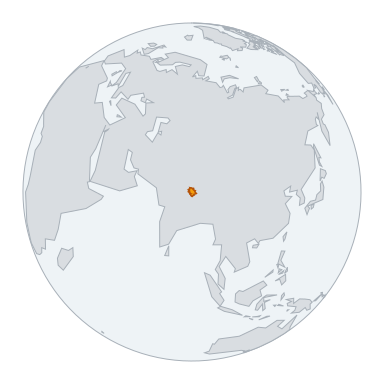 the Earth from above Uttarakhand, rotated 26°
{"feature_id": "IND-3254", "entity_name": "Uttarakhand", "entity_type": "State", "adm_level": 1, "iso_a3": "IND", "parent_name": "India", "parent_adm1": "", "projection": "orthographic", "projection_center": [79.21, 30.097], "detail": "fine", "context": "on_globe", "style": "filled", "palette": "amber", "viewbox_px": 384, "rotation_deg": 26, "n_neighbors": 0, "source": "natural_earth", "source_scale": "10m", "svg_char_len": 12430}
<svg xmlns="http://www.w3.org/2000/svg" viewBox="0 0 384 384"><g transform="rotate(26 192 192)"><circle cx="192" cy="192" r="169" fill="#eef3f6" stroke="#a8b0b8"/><path d="M240.7,30.2L241.0,30.5L251.5,35.8L259.3,39.1L254.0,37.5L271.8,45.5L280.4,51.5L267.9,43.8L264.5,42.5L269.0,45.9L266.4,45.3L267.1,46.8L263.7,46.0L256.7,42.1L254.3,41.7L257.6,44.2L256.2,45.3L251.8,41.6L248.9,43.4L236.7,38.3L227.5,30.9L217.9,29.1L201.1,24.8L199.9,25.3L192.7,24.6L188.6,25.0L186.7,24.6L185.1,25.4L187.7,25.8L187.8,26.4L185.6,26.8L182.8,26.1L183.5,25.8L181.5,25.9L181.0,25.4L180.0,25.9L176.8,25.3L176.7,26.6L171.4,26.8L170.2,26.2L174.6,25.3L182.6,23.3L197.4,23.1L212.0,24.2L226.5,26.6L240.7,30.2ZM156.5,26.8L158.8,26.3L158.2,26.6L161.7,26.2L156.6,27.5L149.6,29.0L146.5,29.5L143.3,30.4L142.6,31.1L133.1,33.8L120.5,39.0L118.6,39.9L119.6,39.3L131.6,34.2L143.9,30.0L156.5,26.8ZM265.4,41.9L262.7,40.2L266.2,42.1L265.4,41.9ZM267.8,47.2L269.4,48.0L269.1,48.5L267.8,47.2ZM164.3,25.7L163.0,25.9L164.3,25.7ZM167.1,25.4L168.0,25.0L169.4,24.9L168.8,25.1L167.1,25.4ZM263.5,47.8L262.6,48.6L262.3,47.1L263.5,47.8ZM165.6,25.8L171.8,24.7L174.3,24.4L174.1,25.1L165.6,25.8ZM261.2,48.7L258.9,51.1L262.2,52.8L251.6,49.9L257.0,48.5L256.3,46.2L258.7,48.0L261.2,48.7ZM189.4,25.8L186.6,25.3L191.0,25.4L189.4,25.8ZM192.2,25.7L205.4,25.7L208.5,26.8L203.4,26.4L209.1,27.9L204.1,28.4L199.9,27.7L198.8,26.8L197.7,27.8L192.2,25.7ZM246.1,48.1L244.5,48.3L244.8,47.3L246.1,48.1ZM188.2,26.7L190.6,26.4L193.5,27.3L189.2,28.0L189.6,27.5L188.2,26.7ZM213.0,28.2L214.3,29.2L210.7,29.8L210.7,30.3L204.2,28.5L213.0,28.2ZM187.9,27.5L186.9,28.4L183.6,28.4L186.1,27.0L187.9,27.5ZM196.0,27.4L197.2,27.9L195.1,27.8L196.0,27.4ZM171.3,29.6L174.1,29.0L175.8,29.3L171.3,29.6ZM186.8,28.7L188.0,28.7L189.0,28.9L187.7,29.5L186.8,28.7ZM202.1,29.2L200.3,29.4L204.5,30.0L202.0,30.7L198.1,29.5L198.7,30.3L197.9,30.6L195.6,29.3L202.1,29.2ZM189.4,30.7L183.6,29.8L178.0,30.7L176.3,30.3L185.6,29.0L189.4,30.7ZM193.2,30.0L190.4,30.3L189.8,29.5L191.2,28.8L193.2,30.0ZM201.6,31.7L206.6,30.9L207.2,31.2L201.6,31.7ZM187.9,31.1L189.3,31.3L187.5,31.2L187.9,31.1ZM197.5,31.6L199.2,31.2L199.9,31.6L197.5,31.6ZM190.8,32.2L188.9,31.9L189.8,31.3L190.8,32.2ZM194.0,32.1L194.6,32.7L191.3,31.3L194.6,31.8L194.0,32.1ZM197.9,32.0L198.9,32.1L197.2,32.2L197.9,32.0ZM188.3,34.8L183.9,33.2L186.0,31.9L189.9,33.5L188.3,34.8ZM24.3,173.2L29.8,145.1L32.1,139.0L36.1,129.0L55.4,112.4L55.4,118.2L66.0,126.7L66.6,129.5L61.0,136.1L65.5,154.8L72.1,150.8L80.4,163.5L88.8,167.8L99.5,154.4L85.8,147.0L87.8,138.4L102.2,138.1L114.7,145.3L115.9,142.2L111.6,132.2L118.2,128.6L110.5,128.3L110.9,132.2L106.1,132.4L105.5,128.9L107.8,127.6L105.1,124.4L94.6,131.9L93.8,136.7L84.4,133.1L82.2,141.0L78.3,142.7L80.5,130.1L83.1,126.7L84.2,111.3L80.6,114.4L79.4,129.4L78.1,127.1L73.2,132.2L76.0,126.6L78.3,110.2L72.2,107.0L58.0,114.9L55.8,112.7L56.9,106.5L68.5,93.8L72.1,100.4L76.3,96.6L81.1,88.2L81.8,91.2L84.2,88.8L86.1,91.2L94.2,88.7L97.0,90.8L105.4,84.5L108.0,84.9L102.3,88.3L99.8,92.2L107.3,98.1L110.3,97.7L115.1,93.3L116.6,95.8L120.4,90.8L127.3,92.5L122.0,86.5L127.6,82.0L134.6,80.5L135.5,78.1L124.1,80.6L120.4,82.7L118.7,86.2L107.8,91.9L104.1,91.1L111.9,81.6L107.5,79.8L115.6,73.8L141.5,69.4L149.6,70.8L152.0,82.5L147.1,84.5L143.8,81.1L142.0,88.4L144.4,85.8L145.7,88.1L151.3,84.9L152.4,86.4L155.9,81.0L157.9,82.6L155.7,86.0L165.8,83.2L171.4,85.8L173.1,84.5L173.4,82.4L180.3,87.4L181.3,86.3L179.4,84.2L180.1,80.6L184.1,76.6L186.2,78.5L185.1,80.2L186.0,87.1L182.6,91.8L183.9,92.3L187.4,88.7L186.3,80.2L188.0,77.3L189.3,81.0L189.0,79.4L190.5,78.6L194.1,79.7L193.1,75.6L207.3,65.5L215.7,67.2L215.2,71.3L227.4,67.9L235.9,71.1L234.1,69.0L238.8,66.6L236.2,65.5L235.7,64.3L246.5,58.8L250.7,59.4L253.4,55.6L252.5,54.7L249.5,53.9L251.6,49.9L262.2,52.8L263.7,54.8L269.3,55.7L272.0,60.2L276.8,64.7L276.4,69.8L280.2,73.3L282.0,73.3L288.5,78.5L295.8,89.8L282.1,80.4L269.6,65.5L274.0,71.3L270.7,70.1L270.9,72.4L274.2,76.8L276.0,77.1L269.4,86.4L272.8,100.1L278.2,97.7L283.5,100.7L292.1,116.4L289.0,141.8L296.0,147.9L297.7,152.7L294.4,156.9L291.9,149.9L286.8,148.5L285.9,144.2L279.7,149.3L278.1,143.4L274.1,150.7L277.7,154.9L283.7,152.2L281.0,161.6L289.5,168.2L292.5,177.9L285.1,198.0L274.4,205.9L274.1,209.1L268.8,206.6L263.4,213.9L274.5,229.3L274.7,234.3L265.1,245.5L264.6,241.9L250.6,235.1L249.1,247.1L259.7,255.1L263.4,265.5L255.7,263.3L251.8,254.2L246.9,251.5L247.4,241.3L241.8,226.5L234.0,230.3L233.8,224.0L224.9,211.8L213.2,216.5L195.2,233.4L193.9,249.1L187.1,255.6L175.9,232.8L174.0,217.2L168.0,218.2L158.1,203.8L135.4,199.4L133.9,194.9L129.3,195.8L122.6,190.0L121.0,182.6L116.1,181.7L120.9,201.2L126.3,202.2L133.2,197.0L133.4,203.4L140.1,210.4L126.5,222.7L95.7,227.1L95.6,215.0L87.3,176.5L89.2,173.2L89.3,172.8L89.4,172.0L85.6,177.0L85.2,169.6L86.5,195.3L85.4,205.3L95.3,227.7L93.6,229.0L97.7,234.1L114.2,234.6L113.6,238.4L104.0,253.3L83.7,268.6L88.1,284.2L89.6,295.7L80.7,298.4L85.4,307.6L81.3,307.9L83.6,312.4L82.6,315.0L79.4,315.5L69.9,308.2L66.2,303.7L56.8,291.6L42.4,264.9L41.5,256.8L39.4,247.9L32.8,223.2L34.1,213.9L33.1,207.7L30.6,205.4L29.9,198.0L28.7,195.7L23.7,185.0L24.3,173.2ZM44.1,124.2L42.5,126.9L42.4,126.9L44.1,124.2ZM125.0,161.0L134.5,164.6L135.4,153.8L139.1,154.4L138.1,150.7L135.4,153.0L133.6,143.1L139.5,141.7L141.0,137.4L137.9,136.0L127.3,140.2L129.8,154.2L125.5,157.3L125.0,161.0ZM117.8,40.2L117.2,40.5L117.8,40.2ZM95.6,74.8L94.4,77.3L91.0,79.2L87.6,77.8L92.4,74.9L95.6,74.8ZM93.6,80.6L102.4,72.2L104.9,73.2L102.0,74.0L102.7,75.4L98.3,77.2L92.1,86.7L88.7,89.2L84.2,84.5L87.5,84.5L88.4,81.8L93.6,80.6ZM120.3,53.2L124.2,50.7L124.7,55.8L121.0,57.6L117.3,56.0L119.4,52.9L120.3,53.2ZM164.0,27.7L165.5,27.2L166.3,27.2L165.7,27.8L164.0,27.7ZM172.5,29.3L158.6,30.3L159.5,29.7L150.3,31.7L149.2,30.9L155.2,29.5L147.4,30.6L152.4,29.1L146.8,30.2L160.4,27.3L164.5,26.3L160.3,27.6L161.2,28.3L162.9,28.3L170.7,27.8L180.1,26.5L182.5,27.4L181.7,28.4L179.8,28.8L178.9,28.0L177.0,29.2L174.2,28.4L172.5,29.3ZM170.9,45.1L170.6,43.0L166.4,47.2L163.6,45.6L163.2,46.2L159.4,46.1L154.3,47.0L153.6,46.1L151.9,46.9L149.4,47.0L146.8,47.9L144.7,46.6L141.3,47.7L142.2,46.5L137.1,48.7L140.0,46.6L136.9,46.7L135.7,48.8L130.6,42.0L126.3,41.5L121.0,42.5L126.7,39.2L135.2,36.4L144.2,34.8L147.6,36.0L149.6,34.5L151.8,34.7L149.3,35.8L154.4,34.4L155.6,34.9L163.6,34.8L170.3,32.9L173.4,33.0L171.3,34.0L175.8,33.4L174.1,35.6L176.3,35.8L176.8,38.3L171.6,40.5L174.5,40.6L175.0,42.9L170.9,45.1ZM188.2,35.5L182.7,38.0L178.4,38.6L179.3,34.0L177.6,33.5L178.0,31.1L184.3,30.4L183.6,31.1L184.3,31.7L182.1,31.7L184.4,32.2L183.5,33.3L185.1,34.0L182.9,34.6L188.2,35.5ZM70.0,128.2L70.9,129.6L73.0,131.0L70.0,134.5L70.0,128.2ZM71.3,117.0L72.6,117.5L69.3,122.6L68.3,121.3L71.3,117.0ZM76.0,113.7L72.9,117.1L74.0,114.5L76.0,113.7ZM103.7,88.7L105.4,89.2L104.5,90.4L102.3,91.5L103.7,88.7ZM157.9,58.7L158.4,57.0L159.6,56.9L163.7,53.7L166.2,54.8L164.7,57.2L157.9,58.7ZM95.6,155.7L91.5,157.3L91.0,155.3L92.5,155.1L95.6,155.7ZM78.9,145.6L81.4,149.9L78.1,146.6L78.9,145.6ZM161.3,59.4L162.7,57.9L163.1,59.4L161.3,59.4ZM168.2,55.6L169.1,57.1L166.9,54.6L168.2,55.6ZM172.1,356.8L175.0,357.6L172.2,357.4L172.1,356.8ZM113.6,302.1L110.6,318.7L103.8,316.5L100.1,310.5L99.5,299.7L106.6,298.7L109.3,294.2L113.6,302.1ZM298.6,280.5L302.4,279.7L302.2,280.4L298.6,280.5ZM294.6,279.7L299.2,278.4L293.7,281.3L294.6,279.7ZM300.9,277.9L305.5,275.0L307.6,273.2L307.1,274.7L300.9,277.9ZM291.4,280.7L273.3,285.1L265.9,284.9L267.9,282.2L279.8,280.2L291.4,280.7ZM267.3,282.3L255.7,277.5L238.6,259.1L244.8,258.8L262.4,268.8L261.3,271.1L268.3,275.3L267.3,282.3ZM294.5,263.1L293.3,269.8L283.5,271.9L278.9,272.0L275.8,264.5L277.6,259.9L281.4,259.1L295.1,240.7L300.1,242.9L296.1,250.3L300.1,254.8L294.5,263.1ZM194.7,250.5L199.1,259.6L195.3,261.1L194.7,250.5ZM299.8,228.6L294.8,236.8L299.1,226.5L299.8,228.6ZM301.9,219.3L302.6,222.6L300.0,220.0L301.9,219.3ZM274.7,213.9L270.8,215.6L270.3,213.1L275.1,209.6L274.7,213.9ZM294.8,186.2L296.2,193.5L295.9,196.1L293.4,192.3L294.8,186.2ZM184.3,69.8L175.8,72.7L171.4,76.2L171.4,80.0L167.7,76.1L174.6,70.7L184.3,69.8ZM204.2,65.7L204.1,62.8L206.6,63.5L206.9,64.3L204.2,65.7ZM202.5,64.3L197.9,61.8L199.4,59.9L202.7,62.2L202.5,64.3ZM179.3,59.9L176.6,60.6L176.4,59.2L179.3,59.9ZM309.7,313.2L308.9,314.0L311.5,310.6L308.5,313.4L313.1,308.5L307.9,313.7L308.7,311.7L305.7,312.7L278.7,330.0L273.8,331.0L277.2,327.5L277.1,319.3L278.9,319.0L280.5,312.4L297.7,300.9L310.8,284.5L317.8,281.9L324.7,270.1L331.1,266.9L327.8,275.2L332.8,275.6L340.3,256.5L339.3,270.6L340.2,272.5L337.2,278.4L329.1,290.8L319.9,302.4L309.7,313.2ZM356.5,230.3L356.9,228.9L356.8,229.3L356.5,230.3ZM308.0,277.7L313.7,270.9L316.5,269.3L308.0,277.7ZM356.7,229.2L356.3,230.4L356.5,229.3L356.7,229.2ZM357.1,226.9L357.3,225.7L357.0,228.0L357.1,226.9ZM356.6,226.4L356.9,227.2L356.5,226.9L356.6,226.4ZM356.1,227.7L355.7,227.7L355.8,227.3L356.1,227.7ZM347.3,241.0L349.5,245.3L347.0,248.0L344.4,246.2L341.1,253.1L334.4,257.3L336.3,253.3L335.8,249.5L327.9,252.4L326.4,250.4L329.4,246.8L323.9,247.3L330.0,242.9L332.2,247.6L335.6,240.9L340.7,238.6L345.2,237.1L348.3,238.5L347.3,241.0ZM329.4,256.1L330.5,255.5L329.4,257.8L329.4,256.1ZM354.8,226.5L355.4,227.9L355.2,228.8L354.8,229.1L354.8,226.5ZM349.1,236.7L352.6,228.3L353.2,227.5L350.8,235.5L349.1,236.7ZM352.0,225.9L353.3,225.0L353.9,226.9L353.5,228.0L352.0,225.9ZM317.0,256.8L316.6,258.6L314.9,258.0L317.0,256.8ZM319.2,254.9L324.2,254.3L318.7,256.5L319.2,254.9ZM302.8,255.4L304.4,258.8L309.6,254.4L305.6,259.5L308.9,264.7L307.6,267.6L304.4,261.8L302.8,269.5L300.5,270.2L299.5,264.4L302.0,255.9L304.3,251.9L313.6,247.2L302.8,255.4ZM319.3,250.0L317.9,245.9L318.9,242.3L320.4,244.2L319.3,250.0ZM313.3,236.2L309.1,232.0L305.7,235.5L312.2,225.0L315.2,230.7L313.3,236.2ZM309.1,225.1L305.9,228.2L308.9,222.4L309.1,225.1ZM304.9,226.7L304.1,222.8L306.8,222.4L304.9,226.7ZM310.8,224.6L310.7,217.7L312.4,221.2L310.8,224.6ZM301.8,214.4L308.4,218.9L300.5,218.7L298.2,205.8L301.4,204.4L301.8,214.4ZM306.7,155.1L304.8,151.7L307.1,149.7L307.8,152.6L306.7,155.1ZM312.9,141.4L307.1,148.1L302.2,154.0L304.7,155.0L305.3,161.9L300.5,157.1L302.5,148.4L306.6,145.1L305.4,139.6L307.2,134.6L303.9,128.5L304.1,125.1L308.4,129.8L312.9,141.4ZM302.3,126.0L297.2,114.8L302.4,114.3L304.7,116.6L304.8,121.8L302.1,121.8L302.3,126.0ZM297.5,112.1L294.8,112.0L281.5,98.2L280.1,95.3L292.9,104.8L291.0,105.4L293.3,109.1L297.5,112.1ZM246.0,49.2L244.6,48.3L246.5,48.7L246.0,49.2ZM234.1,63.8L233.8,62.3L236.0,62.6L234.1,63.8ZM234.0,58.5L231.8,59.2L233.2,57.7L234.0,58.5ZM226.9,61.0L230.4,59.1L228.4,62.1L226.9,61.0Z" fill="#d9dde1" stroke="#a8b0b8" stroke-width="1"/><path d="M194.6,190.6L194.8,190.7L195.1,190.8L195.3,190.9L195.5,190.9L195.8,191.0L196.0,191.3L196.4,191.5L196.5,191.5L196.4,191.7L196.2,191.7L196.1,191.8L196.0,192.0L195.9,192.1L195.8,192.3L195.7,192.4L195.5,192.5L195.4,192.6L195.2,192.8L195.0,193.0L194.9,193.1L195.0,193.2L195.0,193.3L195.0,193.5L194.9,193.6L194.8,193.8L194.7,193.8L194.6,194.0L194.7,194.3L194.8,194.3L194.7,194.4L194.7,194.6L194.6,194.8L194.4,194.9L194.3,195.0L194.3,195.3L194.2,195.3L194.1,195.5L194.2,195.8L194.1,196.0L193.9,196.0L193.9,195.9L193.7,195.8L193.6,195.7L193.4,195.6L193.1,195.6L192.9,195.6L192.6,195.7L192.5,195.4L192.4,195.3L192.2,195.3L191.9,195.1L191.8,194.9L191.6,194.8L191.3,194.9L191.2,194.9L191.2,194.7L190.7,194.4L190.8,194.4L191.0,194.2L191.3,194.0L191.2,194.0L191.0,193.9L190.5,193.6L190.4,193.5L190.3,193.4L190.2,193.2L189.9,193.0L189.8,192.9L189.7,192.7L189.5,192.4L189.4,192.4L189.3,192.5L189.4,192.9L189.4,193.0L189.2,193.3L189.0,193.2L188.9,193.1L188.7,193.2L188.5,193.3L188.3,193.0L188.3,192.9L188.3,192.7L188.3,192.4L188.4,192.1L188.5,191.9L188.7,191.7L188.8,191.6L188.7,191.5L188.4,191.4L188.1,191.1L187.9,191.1L188.0,191.0L188.1,190.9L188.3,190.8L188.5,190.7L188.4,190.6L188.3,190.4L188.3,190.2L188.2,190.0L188.2,189.9L188.3,189.8L188.3,189.7L188.3,189.4L188.5,189.3L188.4,189.2L188.5,189.2L188.7,188.9L188.8,188.8L189.0,188.8L189.2,188.7L189.4,188.6L189.5,188.6L189.8,188.5L190.0,188.5L190.3,188.7L190.5,188.7L190.8,188.7L191.0,188.7L191.0,188.9L191.1,189.0L191.3,189.0L191.5,189.0L191.5,188.9L191.4,188.7L191.2,188.5L191.3,188.5L191.3,188.4L191.5,188.2L191.8,188.0L192.0,188.2L192.0,188.3L192.1,188.5L192.2,188.8L192.3,188.9L192.4,189.0L192.5,189.1L192.5,189.3L192.8,189.4L192.8,189.5L193.0,189.5L193.1,189.4L193.3,189.4L193.6,189.4L193.6,189.5L193.8,189.7L194.0,189.8L194.2,190.0L194.3,190.0L194.4,189.9L194.4,190.0L194.5,190.1L194.5,190.3L194.4,190.3L194.5,190.4L194.5,190.5L194.6,190.6Z" fill="#f59e0b" stroke="#b45309" stroke-width="1.5"/></g></svg>